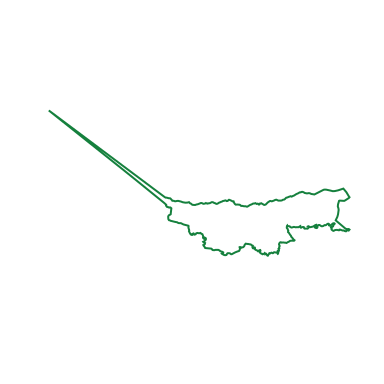 Ndia, Central, Kenya, rotated 288°
{"feature_id": "3690345B479778676508", "entity_name": "Ndia", "entity_type": "district", "adm_level": 2, "iso_a3": "KEN", "parent_name": "Kenya", "parent_adm1": "Central", "projection": "orthographic", "projection_center": [37.226, -0.467], "detail": "fine", "context": "isolated", "style": "outline", "palette": "green", "viewbox_px": 384, "rotation_deg": 288, "n_neighbors": 0, "source": "geoboundaries", "source_scale": "gbopen_adm2", "svg_char_len": 6165}
<svg xmlns="http://www.w3.org/2000/svg" viewBox="0 0 384 384"><g transform="rotate(288 192 192)"><path d="M235.7,343.4L236.0,342.9L239.5,338.9L242.0,334.9L238.7,330.4L237.0,327.5L236.3,325.7L236.1,322.8L235.7,318.9L235.3,317.5L234.8,316.5L227.5,309.2L227.5,308.8L227.3,308.3L227.3,307.9L227.0,306.1L227.2,304.3L227.0,303.4L226.2,301.8L226.1,301.2L225.9,299.3L226.3,298.2L226.2,297.7L226.3,297.1L225.9,296.1L225.4,295.7L225.3,295.3L225.0,295.0L224.9,294.5L223.5,293.3L222.3,291.9L220.1,290.1L219.6,289.4L218.4,288.2L218.5,287.2L217.5,285.8L216.2,284.3L215.7,283.4L215.0,283.0L213.9,282.5L213.3,282.0L212.8,281.0L211.9,280.2L211.6,279.8L211.1,278.7L210.5,276.8L210.7,274.9L210.7,274.4L210.0,273.4L209.1,272.5L207.8,270.8L207.7,269.3L207.4,268.8L205.5,267.3L202.9,266.0L202.2,265.1L202.0,264.6L202.7,261.3L202.2,260.8L202.0,260.2L201.1,260.0L200.7,259.6L200.8,259.1L201.2,258.6L201.2,258.0L200.6,257.1L201.0,255.8L200.3,254.8L199.9,253.7L198.6,252.5L197.7,251.3L195.2,249.2L195.0,248.8L195.0,247.3L194.5,245.8L194.3,243.8L194.0,243.3L194.0,242.8L194.6,241.6L194.6,241.2L194.1,239.0L193.5,237.5L193.9,236.4L195.2,234.9L195.7,234.7L196.0,234.4L195.6,233.5L195.9,232.3L196.1,230.0L196.0,229.5L195.6,229.2L194.7,228.8L194.3,228.3L194.1,227.7L194.4,226.7L194.3,226.2L193.9,225.8L192.9,224.1L192.1,223.4L191.5,222.5L191.0,222.1L190.4,221.2L188.8,219.9L188.3,219.1L188.3,218.0L188.5,217.5L188.4,216.5L188.7,215.6L188.6,214.4L188.4,213.9L186.9,212.4L186.1,210.8L185.8,210.5L185.9,210.1L185.6,209.1L185.8,208.6L185.1,208.0L184.4,206.8L184.3,206.2L184.5,204.7L184.3,203.9L182.2,201.4L181.5,200.1L180.6,199.0L180.0,196.7L180.0,196.0L180.6,194.7L180.7,193.5L181.4,192.3L180.5,190.9L179.8,189.0L179.4,186.3L179.5,184.6L179.3,181.7L179.0,180.8L178.0,179.0L177.9,178.4L178.0,177.5L177.6,176.0L177.9,175.7L179.2,173.4L179.2,172.9L178.9,171.9L178.8,169.6L178.5,168.6L178.7,167.7L225.3,30.6L189.9,124.9L173.1,168.7L171.9,171.4L171.0,171.5L170.9,172.0L170.2,172.6L170.1,173.0L170.3,173.8L170.1,174.2L170.1,174.7L170.4,175.4L170.3,175.8L170.6,176.3L170.1,177.4L164.2,178.6L163.8,178.3L162.7,177.2L161.5,176.9L160.3,177.3L158.9,177.9L158.1,178.8L158.2,179.7L158.0,180.6L158.1,181.7L158.3,184.7L158.6,187.3L158.3,188.5L158.3,188.9L158.8,190.6L158.9,191.5L158.6,193.0L158.5,194.1L158.8,199.0L158.5,199.3L157.0,199.6L154.7,201.2L153.8,201.2L152.4,202.5L151.3,203.8L151.1,204.5L151.1,205.0L151.3,205.5L151.8,205.5L152.3,205.3L153.1,206.3L152.8,206.8L152.2,207.2L152.2,207.6L152.9,208.5L154.0,208.8L154.7,209.7L154.8,210.6L155.0,211.6L155.7,212.7L155.1,213.9L155.1,214.9L153.8,216.0L153.0,216.4L151.9,216.6L151.3,217.5L151.2,218.0L151.4,218.3L152.0,218.0L152.6,217.9L152.4,219.2L152.0,219.6L151.5,219.8L150.7,219.8L150.1,219.5L149.2,219.1L148.1,218.0L147.8,218.4L147.7,218.9L147.5,219.3L147.5,220.2L146.4,220.3L145.3,219.7L145.0,219.2L144.7,219.4L143.6,221.1L143.1,221.4L142.8,221.9L144.1,227.8L144.0,228.3L143.3,229.2L143.2,229.7L143.4,230.6L143.5,231.1L144.2,232.2L145.0,234.6L145.1,235.1L144.8,236.6L144.4,237.2L144.5,239.3L144.2,240.4L143.8,240.5L142.6,239.4L142.4,239.8L142.0,242.1L142.2,243.2L142.7,244.1L143.0,244.3L143.6,244.3L144.7,244.7L145.1,245.7L145.4,246.9L144.9,248.4L145.1,249.0L147.9,251.7L149.4,253.5L150.4,254.9L150.8,255.1L151.4,255.2L152.6,255.1L153.3,255.5L153.6,255.2L153.8,254.6L154.2,254.3L154.5,254.6L154.6,256.4L154.8,256.9L155.4,257.8L156.6,258.4L157.9,258.4L159.2,258.9L159.5,259.1L159.5,259.5L159.7,260.8L159.9,261.2L160.1,263.1L160.3,264.1L159.8,265.2L159.8,266.2L159.5,266.7L158.8,266.4L158.2,266.5L157.4,267.2L157.3,267.6L157.4,268.1L158.3,268.4L158.6,268.8L158.3,269.2L157.2,269.5L156.9,269.7L156.6,270.8L156.5,272.3L156.1,272.9L157.6,274.3L157.9,274.8L157.5,275.2L156.9,275.3L156.0,274.8L155.6,274.9L154.9,276.5L154.9,277.6L154.6,278.0L154.6,278.4L155.7,279.8L156.4,280.0L156.2,280.5L155.7,280.8L156.2,281.1L156.2,281.5L155.8,281.8L154.8,283.5L155.1,284.0L156.1,283.9L157.0,284.5L157.6,284.4L157.9,284.7L157.8,285.4L158.6,286.0L158.9,286.4L158.9,286.9L158.7,287.5L158.9,288.0L160.1,288.7L160.6,292.0L160.0,292.3L159.7,292.7L160.0,292.9L160.5,292.8L160.8,292.4L161.2,292.7L161.7,292.7L162.0,292.3L162.0,291.7L162.4,291.7L163.1,292.8L163.8,292.7L164.6,291.8L165.1,292.0L165.6,292.4L166.1,292.0L166.8,291.9L167.3,292.1L168.2,291.8L168.5,291.3L169.2,290.9L169.8,290.9L170.9,291.1L171.5,291.6L171.7,292.1L171.5,292.7L172.2,294.3L172.4,295.5L172.7,296.6L172.7,297.6L173.8,298.5L174.9,299.7L175.8,300.3L176.5,301.7L177.1,303.9L177.4,304.3L177.8,304.4L178.2,303.3L179.7,301.1L179.9,300.6L180.2,300.1L181.0,299.6L181.7,298.4L183.1,296.8L183.4,296.0L183.6,295.7L185.0,295.5L185.4,295.0L186.3,294.5L186.9,293.5L187.2,293.2L188.5,292.9L189.0,292.8L189.6,293.0L189.0,293.6L189.4,294.5L189.5,295.6L189.0,296.4L189.0,297.8L190.3,299.7L190.5,301.7L191.0,302.6L191.3,303.9L192.0,304.7L192.5,305.0L193.0,305.5L192.1,305.9L191.8,306.2L191.7,306.7L192.7,307.7L193.1,308.7L193.1,309.3L192.3,309.8L192.0,310.2L192.0,310.7L192.6,311.9L192.7,312.9L192.9,313.3L193.7,313.7L194.4,313.7L194.9,313.4L195.1,312.9L195.4,313.2L195.3,314.1L195.0,314.4L194.9,314.9L195.4,315.9L196.6,317.9L198.7,319.6L199.1,320.2L197.9,320.7L197.5,320.4L197.2,319.8L196.7,319.5L196.2,319.9L196.1,320.4L196.1,321.2L196.2,321.6L196.6,322.1L197.1,322.2L198.8,321.9L199.3,322.1L199.7,322.6L200.0,323.4L199.9,324.1L199.5,325.4L199.5,325.9L199.7,326.5L200.2,327.3L201.1,328.0L201.5,328.4L201.6,329.1L201.9,329.6L203.5,330.7L203.8,331.1L204.0,331.6L203.8,332.2L202.6,332.6L202.5,333.2L202.7,333.6L204.3,334.9L205.7,335.8L206.2,336.7L206.2,337.1L205.9,337.5L205.3,337.3L204.5,336.8L203.9,336.7L202.9,336.8L202.5,336.4L201.9,335.4L201.3,335.1L201.0,335.4L201.0,335.8L200.8,336.1L199.8,336.1L199.3,336.5L198.9,337.6L198.7,338.4L198.9,338.8L199.8,339.6L200.1,340.0L200.8,341.6L200.9,343.2L201.2,343.9L201.8,343.9L202.0,344.4L201.9,347.1L202.3,348.1L202.1,349.2L202.1,350.1L202.3,350.7L203.5,351.2L203.7,352.9L204.9,353.4L205.2,352.6L205.1,352.1L204.7,351.3L204.5,349.5L209.2,338.0L209.5,337.4L213.2,337.9L215.8,337.8L220.3,337.0L221.9,336.2L223.2,335.2L224.4,334.9L225.4,334.7L229.0,334.6L229.3,334.9L229.5,335.3L230.6,339.5L231.4,340.3L234.7,343.0L235.7,343.4Z" fill="none" stroke="#15803d" stroke-width="2"/></g></svg>